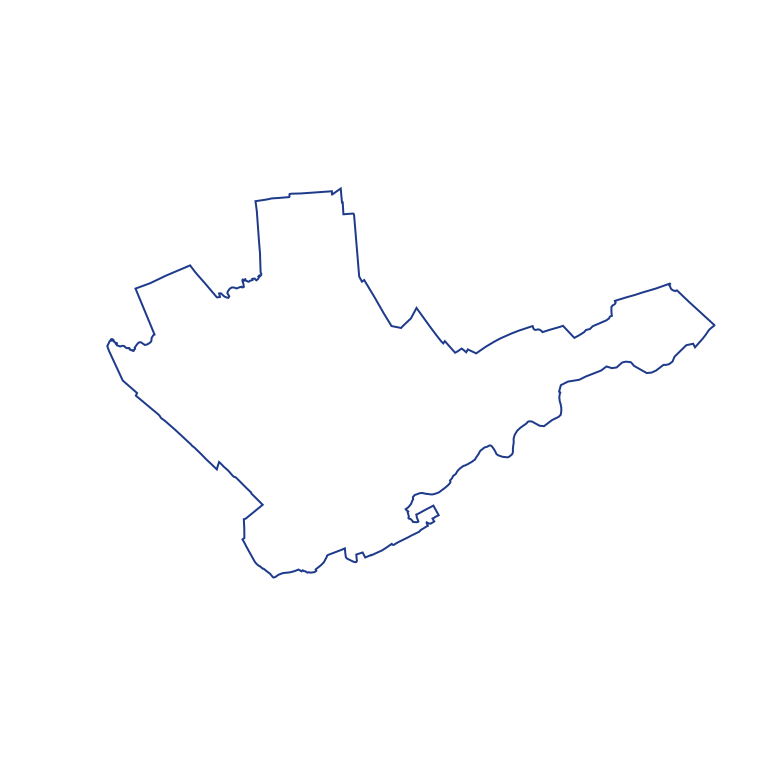 outline of Cateasca, Arges, Romania, rotated 118°
{"feature_id": "2599482B62857994910694", "entity_name": "Cateasca", "entity_type": "district", "adm_level": 2, "iso_a3": "ROU", "parent_name": "Romania", "parent_adm1": "Arges", "projection": "albers", "projection_center": [25.043, 44.76], "detail": "fine", "context": "isolated", "style": "outline", "palette": "blue", "viewbox_px": 768, "rotation_deg": 118, "n_neighbors": 0, "source": "geoboundaries", "source_scale": "gbopen_adm2", "svg_char_len": 6154}
<svg xmlns="http://www.w3.org/2000/svg" viewBox="0 0 768 768"><g transform="rotate(118 384 384)"><path d="M282.9,583.3L291.0,577.5L317.1,561.1L326.9,554.8L342.8,545.7L343.7,545.0L344.4,544.0L345.5,543.6L347.0,544.0L346.7,545.1L348.0,545.4L348.3,544.5L350.7,544.6L352.4,545.4L351.6,547.7L353.0,549.6L353.9,548.9L355.9,550.9L357.1,551.3L357.4,552.0L357.5,552.7L357.4,553.6L357.6,554.1L357.4,554.9L356.6,555.6L357.2,556.2L357.6,556.1L358.2,555.8L358.6,556.1L358.1,557.0L358.2,557.8L358.9,557.7L359.9,557.0L361.5,555.2L362.8,554.3L363.7,553.5L364.4,553.4L365.3,554.6L365.0,555.4L366.4,557.0L368.8,558.9L369.2,561.5L370.1,563.6L372.2,564.9L375.7,565.4L377.4,564.9L379.2,561.8L381.0,561.9L381.5,563.7L381.7,566.0L380.5,570.7L381.5,572.1L384.1,569.7L385.7,571.7L385.9,572.4L379.1,589.4L375.1,600.1L373.6,603.8L370.3,610.9L390.7,627.4L404.8,637.8L416.4,648.2L448.1,609.8L449.1,610.6L452.3,610.8L455.7,609.5L458.0,610.3L459.2,611.0L460.8,612.2L461.8,613.6L461.3,618.3L462.2,619.8L463.6,620.4L465.1,620.7L469.0,621.2L469.3,620.7L469.8,620.3L471.0,620.7L472.3,620.6L472.7,621.6L472.2,621.9L472.4,622.5L472.8,623.4L472.9,624.5L472.6,625.2L472.1,625.2L471.9,625.9L472.1,626.5L473.1,627.8L473.0,630.0L472.5,630.7L472.7,632.1L473.3,633.2L474.7,634.5L475.2,637.9L474.6,639.2L474.1,638.7L473.4,638.9L473.6,641.6L473.1,642.2L473.1,643.5L472.2,643.5L472.0,644.3L472.0,645.3L472.6,645.9L473.0,646.1L473.5,646.0L473.3,645.3L473.5,645.1L473.8,645.2L474.1,645.7L475.2,646.4L476.2,646.2L478.6,646.2L479.3,646.1L480.1,646.2L480.5,646.1L483.9,642.3L503.6,616.3L507.9,597.8L510.8,597.6L517.0,568.1L517.4,567.2L518.7,564.9L519.3,560.5L522.5,546.8L528.1,525.7L528.6,524.7L528.8,523.7L529.1,521.6L531.9,512.0L534.0,505.5L535.8,498.8L537.9,491.5L534.4,492.3L530.3,493.0L531.0,490.4L532.3,486.4L533.4,481.6L534.1,479.5L535.8,475.2L536.4,473.1L536.0,471.3L536.6,469.0L540.4,456.8L542.2,450.3L543.0,449.6L547.6,434.4L567.8,442.9L569.2,444.3L576.2,440.1L581.6,437.1L585.0,435.3L585.4,435.0L586.5,435.4L586.9,435.7L587.6,436.0L590.5,431.5L591.3,430.5L592.1,429.3L601.5,414.8L602.5,412.6L603.0,410.7L603.3,409.0L603.1,408.3L604.0,404.2L603.6,403.6L604.4,399.6L604.6,398.3L604.8,397.3L604.8,396.2L605.7,393.8L606.0,393.1L606.3,392.4L606.8,390.8L605.4,389.3L602.1,387.7L598.4,384.5L594.3,378.4L591.2,375.1L588.0,372.4L588.1,368.8L586.8,368.4L586.6,368.2L586.8,367.0L586.2,365.2L586.5,364.3L586.5,363.0L585.5,362.0L585.3,360.9L585.0,360.2L583.1,357.5L582.2,356.7L580.7,356.1L579.8,357.3L573.6,354.6L569.7,353.4L564.8,353.4L563.5,353.4L562.4,353.7L561.4,353.3L550.4,343.7L547.5,341.4L551.9,338.5L554.9,336.3L555.5,334.4L555.3,328.1L555.0,326.2L554.3,325.0L553.1,324.8L547.6,328.4L542.8,323.8L546.0,319.1L541.0,315.1L541.2,314.8L538.3,312.5L538.2,312.5L531.7,307.5L526.8,304.8L521.5,302.1L522.0,301.1L521.3,299.7L519.4,298.7L517.0,297.2L508.3,290.9L504.4,288.3L498.0,283.6L495.7,283.0L494.1,282.1L493.1,281.4L490.0,279.7L488.8,278.7L487.8,279.5L487.4,280.4L486.6,281.2L486.1,281.3L486.1,279.2L485.5,277.3L481.8,275.1L480.0,278.0L478.2,276.7L476.8,276.0L474.2,274.1L468.2,283.3L476.4,288.9L482.1,292.6L484.2,294.2L485.2,293.2L486.4,292.4L489.3,289.0L490.0,289.4L490.8,290.4L492.2,293.7L491.5,294.6L490.7,297.2L491.1,298.3L491.1,299.0L490.8,299.6L490.1,299.6L489.4,299.8L486.0,303.0L485.2,302.8L484.9,303.9L484.9,304.9L484.3,306.1L481.6,304.7L477.4,303.8L476.5,303.9L473.9,304.2L472.1,304.2L471.6,304.6L470.2,305.4L467.5,304.7L464.6,302.0L463.8,301.4L462.3,299.2L461.6,296.6L461.1,295.0L460.3,293.1L459.6,291.0L458.6,289.2L457.5,287.9L455.3,285.8L453.7,284.5L451.9,283.7L447.5,281.6L443.3,279.9L441.4,279.4L439.8,279.2L438.9,279.6L438.3,280.4L435.3,279.7L432.8,279.8L432.4,279.7L430.8,278.8L429.7,278.4L426.6,278.3L424.6,277.8L422.7,277.2L419.0,275.4L417.6,273.9L416.6,273.3L415.4,272.3L413.7,271.4L412.5,270.5L411.5,269.9L409.3,268.9L408.1,268.2L406.2,268.2L400.9,267.6L399.1,267.7L398.4,267.7L397.0,267.3L396.2,266.9L392.9,265.5L390.9,263.4L389.4,262.5L388.6,261.8L388.2,260.9L388.4,259.5L389.9,256.4L391.5,253.8L392.5,252.6L393.1,251.6L393.3,250.4L393.2,248.6L392.6,245.1L390.9,240.8L390.5,240.2L389.4,239.3L386.2,238.0L385.1,237.9L383.3,238.3L381.3,239.5L378.4,240.7L374.5,242.1L371.7,243.8L367.8,244.7L362.9,244.5L358.5,243.0L352.0,239.7L349.9,239.3L348.8,238.3L347.7,235.9L347.8,227.0L346.1,222.9L337.0,218.7L331.1,214.4L328.2,213.5L325.0,214.6L321.9,216.2L318.6,218.8L316.9,220.6L313.7,222.8L311.4,223.8L308.7,224.4L308.6,225.8L302.0,227.3L295.6,222.8L288.6,213.6L282.6,209.3L270.3,198.7L264.1,195.8L263.0,190.2L260.2,186.4L253.2,183.8L250.7,180.9L248.9,176.4L249.6,174.1L250.6,172.0L251.0,157.2L248.3,153.1L244.4,150.1L235.9,146.2L234.7,143.9L232.5,141.5L228.7,139.8L223.5,140.3L207.8,135.3L203.3,129.9L205.6,126.6L193.9,123.8L189.7,123.1L184.3,122.5L182.8,122.1L181.3,121.6L178.4,120.3L177.1,119.8L176.9,119.9L168.2,153.6L163.8,169.3L164.5,170.0L165.1,170.3L165.3,171.4L165.5,171.8L165.6,172.7L165.5,174.1L165.2,175.2L164.6,176.1L163.2,177.5L162.9,177.9L163.1,178.2L162.4,179.2L161.3,178.5L161.2,178.8L171.9,188.6L182.1,199.0L187.5,204.2L193.9,210.9L202.2,219.2L202.9,218.5L202.9,218.1L203.1,217.8L203.5,217.7L204.9,217.7L205.5,217.9L206.3,218.3L207.2,219.0L209.1,219.4L211.3,218.3L213.7,216.9L216.1,215.4L216.8,214.8L217.3,215.4L218.5,216.1L219.0,216.2L220.1,216.1L220.8,216.2L222.1,217.0L223.2,217.4L235.1,226.9L238.8,228.0L241.4,231.0L244.4,231.7L249.9,234.9L253.9,237.6L248.6,253.3L251.5,256.0L258.6,263.4L263.8,268.4L263.2,270.0L263.0,271.9L263.3,273.4L264.8,275.2L265.3,276.0L265.3,276.9L265.1,277.8L264.6,278.4L263.1,279.9L263.2,280.1L273.9,290.3L280.1,295.6L289.2,302.7L295.3,306.8L303.6,311.8L313.7,317.0L314.1,326.2L317.4,326.3L316.5,330.2L316.3,332.1L320.4,334.2L323.0,335.9L317.6,350.4L320.3,350.7L319.6,353.2L316.4,360.5L311.4,371.1L301.6,391.0L313.4,391.0L324.0,394.6L326.5,395.2L329.3,404.6L321.6,417.6L311.2,434.1L301.5,450.3L304.0,451.5L300.7,456.4L249.4,489.4L248.1,490.5L248.0,491.3L253.2,499.5L243.1,505.7L243.5,506.3L231.7,514.0L241.0,518.7L241.1,518.9L238.3,520.5L255.0,547.2L258.1,552.7L259.4,555.0L260.5,556.5L261.0,556.5L263.0,555.4L263.5,555.5L269.1,564.2L272.8,570.2L275.2,573.0L277.7,576.2L282.9,583.3Z" fill="none" stroke="#1e3a8a" stroke-width="2"/></g></svg>